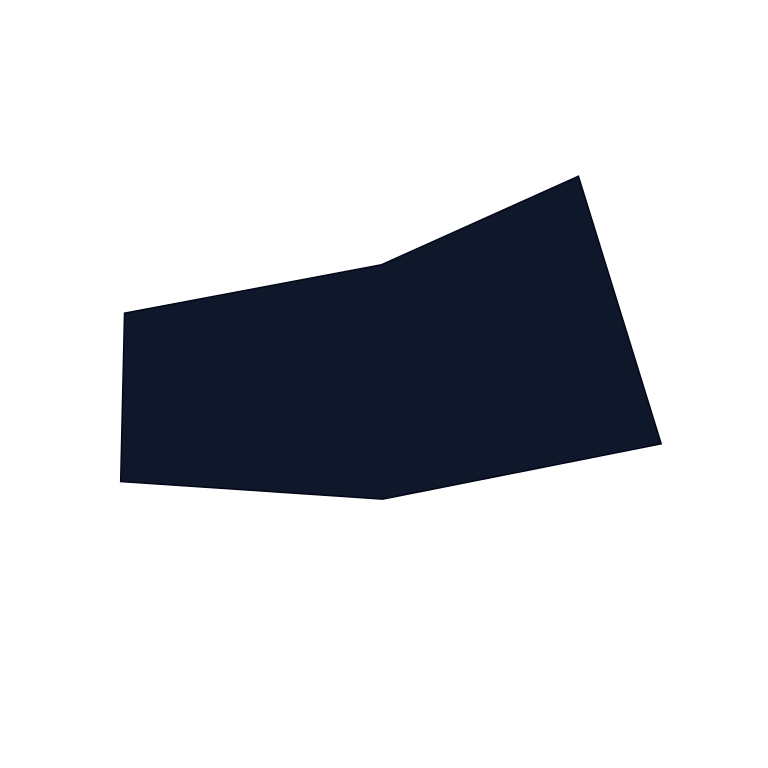 the state/province of Ngiwal, rotated 58°
{"feature_id": "PLW-5257", "entity_name": "Ngiwal", "entity_type": "state/province", "adm_level": 1, "iso_a3": "PLW", "parent_name": "Palau", "parent_adm1": "", "projection": "mercator", "projection_center": [134.634, 7.565], "detail": "fine", "context": "isolated", "style": "filled", "palette": "ink", "viewbox_px": 768, "rotation_deg": 58, "n_neighbors": 0, "source": "natural_earth", "source_scale": "10m", "svg_char_len": 254}
<svg xmlns="http://www.w3.org/2000/svg" viewBox="0 0 768 768"><g transform="rotate(58 384 384)"><path d="M581.6,180.6L480.9,446.2L327.2,659.0L186.4,566.5L281.5,323.0L310.8,109.0L581.6,180.6Z" fill="#0f172a" stroke="#020617" stroke-width="1.5"/></g></svg>